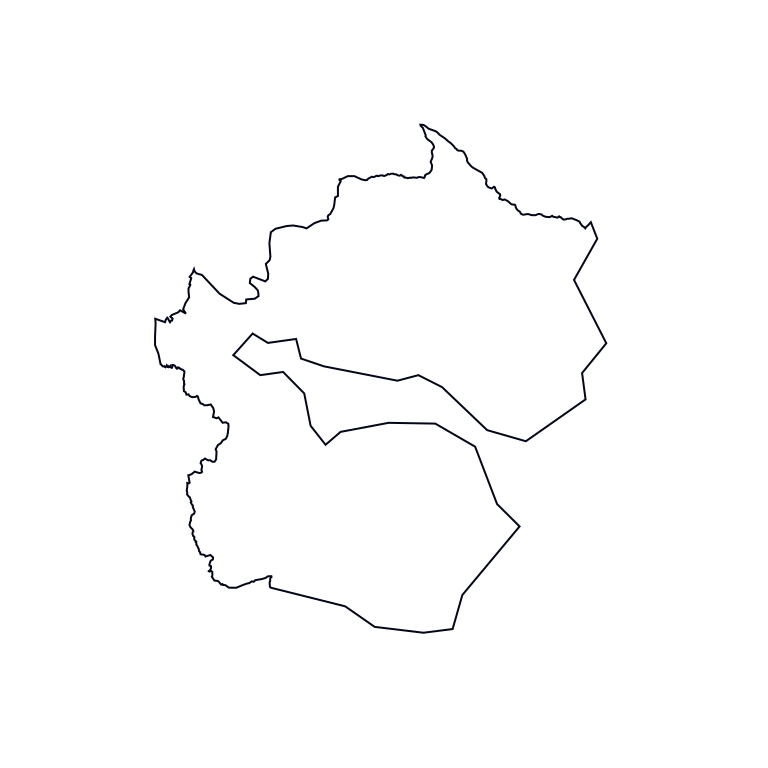 Ala-Buka, Jalal-Abad, Kyrgyzstan (Mercator projection), rotated 133°
{"feature_id": "92254566B39559079408831", "entity_name": "Ala-Buka", "entity_type": "district", "adm_level": 2, "iso_a3": "KGZ", "parent_name": "Kyrgyzstan", "parent_adm1": "Jalal-Abad", "projection": "mercator", "projection_center": [71.199, 41.407], "detail": "fine", "context": "isolated", "style": "outline", "palette": "ink", "viewbox_px": 768, "rotation_deg": 133, "n_neighbors": 0, "source": "geoboundaries", "source_scale": "gbopen_adm2", "svg_char_len": 6154}
<svg xmlns="http://www.w3.org/2000/svg" viewBox="0 0 768 768"><g transform="rotate(133 384 384)"><path d="M124.6,343.1L127.9,343.0L131.3,343.2L132.9,343.0L132.7,344.1L133.2,347.2L132.8,348.7L132.5,350.3L131.9,351.7L132.9,355.0L134.8,359.8L136.6,361.1L138.1,362.6L139.7,363.4L141.3,364.8L141.6,367.1L141.4,368.1L141.6,368.8L142.0,369.1L142.0,370.3L144.0,370.6L146.2,374.2L146.3,375.7L148.8,376.5L150.2,378.2L151.6,380.0L152.6,382.8L152.6,384.5L154.2,387.0L157.1,388.3L159.1,390.3L160.1,391.7L160.8,393.4L161.6,394.7L165.3,397.7L165.9,399.0L166.1,400.2L165.5,401.5L165.4,403.0L165.7,403.6L165.7,404.7L165.5,406.8L164.9,408.1L163.6,410.1L163.9,411.0L164.9,412.2L165.7,413.5L165.8,418.2L166.8,421.7L168.6,422.7L168.9,424.3L169.9,425.7L169.4,426.7L168.4,426.8L166.9,427.5L166.1,428.5L166.5,432.9L165.7,434.8L165.6,435.4L164.6,436.8L164.6,437.8L165.0,438.2L167.2,438.4L167.6,438.7L169.0,442.0L168.7,444.0L168.2,445.7L164.8,448.3L164.4,449.1L164.5,450.8L163.6,452.1L162.6,456.1L165.1,466.4L165.3,468.9L164.7,474.1L163.9,475.8L162.7,476.7L161.0,480.5L160.1,483.4L160.0,484.7L160.6,486.3L161.0,487.0L162.5,488.6L163.0,489.9L162.7,490.9L163.0,493.2L162.5,494.6L162.3,499.5L162.7,502.3L162.8,507.0L163.8,513.2L163.6,516.4L164.0,518.9L166.9,525.5L167.0,528.5L167.5,531.7L169.5,534.2L170.1,533.4L170.2,530.2L173.6,523.2L174.6,522.6L175.4,519.6L174.8,514.2L175.3,511.4L176.5,509.1L177.8,508.4L180.6,508.2L181.9,507.1L182.8,505.7L184.5,503.5L186.7,502.5L189.7,501.4L191.3,498.0L192.2,497.2L194.9,495.2L198.4,494.7L200.3,495.3L201.3,495.9L203.3,496.3L204.0,496.0L204.6,495.4L205.0,495.5L206.0,495.2L207.9,498.6L209.5,500.1L210.6,500.4L213.2,503.8L214.7,504.7L215.1,505.5L217.3,507.0L217.6,507.8L218.4,508.9L218.4,509.3L218.8,509.5L219.1,509.9L219.1,510.5L218.7,511.2L219.3,511.9L219.2,512.8L219.4,513.3L219.3,513.8L219.4,514.2L220.4,514.3L221.4,515.1L222.2,517.0L222.4,518.2L223.7,519.7L223.8,520.6L225.4,522.2L227.0,523.0L228.0,524.5L229.3,524.5L231.9,525.8L232.4,527.3L233.7,528.7L235.8,529.9L236.2,530.4L236.2,530.9L236.8,531.4L237.8,531.9L239.0,532.2L240.2,533.2L240.6,534.2L244.7,535.6L246.3,535.5L247.8,536.7L249.7,540.0L252.2,547.5L256.6,552.2L262.9,554.7L264.6,556.2L265.1,555.9L265.1,554.0L271.2,552.2L277.9,545.9L280.9,547.0L287.0,542.5L289.8,540.9L296.4,539.2L298.5,539.8L300.0,539.3L301.6,537.0L303.3,537.3L307.3,541.3L313.8,544.6L323.0,546.8L324.8,550.7L330.0,558.5L334.7,562.8L344.4,569.2L350.1,570.3L359.0,564.0L368.4,553.9L371.4,552.1L376.8,552.3L382.2,544.0L386.2,540.6L389.9,540.8L394.8,552.9L398.1,553.6L401.7,551.0L401.2,544.7L401.6,540.2L402.8,538.4L405.3,535.7L409.8,536.7L416.1,542.4L419.1,540.2L424.1,544.5L427.1,549.3L430.1,565.8L428.4,591.6L429.8,594.1L431.0,596.8L430.7,599.6L429.6,601.3L431.0,600.8L432.7,599.8L438.2,599.2L438.0,597.2L443.7,594.4L443.4,593.5L443.6,593.2L447.5,592.1L450.2,589.5L453.5,585.6L460.2,584.4L466.4,581.8L467.6,576.9L468.8,581.8L469.3,583.5L471.7,583.3L478.1,586.2L480.4,586.2L480.4,583.1L482.3,582.3L483.0,582.9L484.8,582.6L484.7,583.2L483.4,586.8L483.3,587.7L485.6,587.5L488.1,586.3L492.3,595.8L495.6,592.2L505.0,584.2L511.7,578.0L515.7,569.6L522.0,560.8L521.7,560.3L521.8,559.3L522.0,558.7L522.0,558.0L521.8,557.5L521.3,557.2L521.0,556.2L520.6,556.3L520.6,555.9L520.9,555.6L520.8,555.2L519.2,555.2L518.5,555.5L518.6,555.0L519.0,554.8L519.1,553.8L518.8,553.5L518.3,553.6L518.5,553.0L518.0,552.8L517.0,552.7L517.4,552.4L517.5,551.9L517.0,550.4L516.7,550.1L516.2,550.3L515.3,551.4L514.4,551.8L513.8,551.0L513.8,550.4L513.3,549.8L513.4,548.8L514.0,547.0L513.4,546.5L513.4,546.1L513.8,545.7L513.5,545.5L512.2,545.9L512.1,545.7L511.8,544.4L511.8,543.2L511.5,542.9L511.6,542.6L511.5,541.8L510.8,541.0L511.0,539.3L510.8,538.9L511.1,538.2L513.7,536.5L515.5,535.1L516.5,534.8L517.1,534.3L517.7,533.5L518.0,532.4L520.4,530.2L520.3,529.8L522.6,528.7L525.7,525.4L525.3,523.5L526.5,521.2L524.9,519.9L525.4,517.9L524.4,515.2L521.9,513.0L520.3,512.7L520.1,511.5L521.7,509.1L523.3,504.9L522.3,503.2L522.1,500.9L520.2,498.9L517.1,496.7L518.1,492.4L519.9,489.6L524.8,486.5L523.1,483.0L521.3,482.3L522.4,475.6L519.8,473.5L519.3,470.7L520.9,468.9L526.3,464.8L529.2,463.1L532.0,462.3L535.2,463.5L538.6,463.0L542.0,463.8L546.6,462.6L547.5,460.5L553.6,455.4L556.3,454.9L557.6,456.0L558.1,457.4L558.3,459.2L559.8,460.6L560.6,464.1L563.1,464.5L563.7,465.0L564.7,465.2L566.9,464.2L567.1,463.9L567.2,462.7L568.3,460.8L571.3,459.0L572.4,457.1L573.8,457.3L575.1,458.4L577.2,462.7L580.6,463.1L582.3,463.7L584.2,464.9L588.8,458.8L589.8,459.0L590.5,460.4L593.1,457.9L596.4,455.7L597.8,453.6L599.1,452.7L599.5,449.5L599.3,448.7L600.6,446.4L601.3,444.6L602.3,444.6L603.1,442.6L603.2,441.0L604.3,440.1L606.4,435.4L608.3,434.5L611.3,435.1L614.1,433.6L615.5,432.1L616.9,431.8L619.8,430.1L620.7,428.0L620.9,424.5L621.6,423.0L622.9,422.9L624.4,421.7L625.3,419.8L625.1,419.0L625.3,418.2L626.2,417.8L627.3,416.3L627.3,413.9L628.1,413.8L628.3,412.7L629.5,411.7L629.6,410.3L630.1,409.6L630.9,407.3L631.4,406.4L632.2,405.4L632.5,404.8L632.4,404.4L632.5,403.6L633.0,403.1L633.6,402.2L633.2,401.2L632.2,400.1L631.4,398.5L631.9,396.9L627.5,394.4L627.4,393.9L627.5,393.0L627.4,390.8L627.9,390.3L629.1,389.5L631.0,390.1L631.8,390.1L633.2,389.5L635.4,388.4L635.8,387.8L635.2,386.4L635.6,385.9L636.2,385.6L636.4,385.1L637.3,384.6L638.0,384.5L638.4,384.0L638.7,383.9L639.0,384.3L640.4,384.5L640.4,384.1L640.1,383.7L638.8,383.0L638.4,381.6L640.7,379.3L641.8,378.5L642.4,378.4L643.4,374.0L641.4,371.2L641.3,369.7L641.8,366.4L640.5,365.7L640.8,364.7L640.0,363.8L639.3,362.7L638.7,358.5L633.8,353.1L626.8,349.9L623.2,348.0L621.6,346.8L618.4,346.0L617.5,344.4L615.2,344.3L610.1,340.4L606.7,338.4L603.7,337.7L601.4,335.3L601.9,334.6L602.9,334.8L604.4,334.2L605.8,332.8L606.2,332.8L607.4,332.1L610.2,329.0L610.1,327.7L573.1,260.8L568.0,225.2L539.0,185.5L516.4,166.7L484.9,182.8L395.7,187.7L394.7,219.4L367.7,274.6L378.0,319.5L409.3,354.2L448.6,383.1L468.3,385.3L464.6,409.2L445.3,435.9L444.0,466.0L461.9,480.5L465.7,513.9L436.7,514.5L433.1,496.9L411.0,479.0L422.0,462.0L412.0,439.9L372.4,376.4L354.1,364.9L346.7,339.5L347.4,277.1L329.1,241.2L257.8,226.1L240.9,246.6L202.6,249.2L178.3,316.0L132.3,327.1L124.6,343.1Z" fill="none" stroke="#020617" stroke-width="2"/></g></svg>